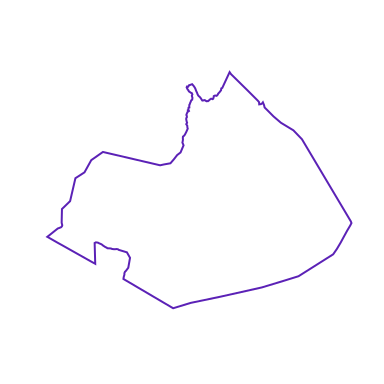 outline of Santa María Zaniza, Oaxaca, Mexico, rotated 169°
{"feature_id": "50627088B1802746700322", "entity_name": "Santa María Zaniza", "entity_type": "district", "adm_level": 2, "iso_a3": "MEX", "parent_name": "Mexico", "parent_adm1": "Oaxaca", "projection": "equal_earth", "projection_center": [-97.347, 16.634], "detail": "fine", "context": "isolated", "style": "outline", "palette": "violet", "viewbox_px": 384, "rotation_deg": 169, "n_neighbors": 0, "source": "geoboundaries", "source_scale": "gbopen_adm2", "svg_char_len": 2522}
<svg xmlns="http://www.w3.org/2000/svg" viewBox="0 0 384 384"><g transform="rotate(169 192 192)"><path d="M105.3,266.5L106.4,265.5L107.6,265.1L109.3,265.2L109.0,267.3L109.5,268.3L110.1,269.3L118.2,281.3L131.2,300.2L132.2,302.5L142.4,288.4L143.5,288.1L144.1,286.3L146.2,284.5L147.5,283.6L148.2,282.6L149.5,281.7L150.9,282.3L152.3,282.0L152.8,280.6L153.1,280.1L153.3,279.6L154.0,279.2L154.6,279.6L155.4,279.9L155.5,279.8L156.2,279.6L157.0,279.3L157.8,278.7L158.6,278.3L159.0,278.1L159.6,278.3L160.4,278.3L160.8,278.7L161.3,279.0L161.6,279.5L162.1,279.8L162.9,279.8L163.2,279.8L163.7,279.7L164.4,279.8L164.6,280.2L165.0,281.1L165.3,282.0L165.6,282.6L166.1,283.5L166.4,284.1L167.0,284.7L167.5,285.6L167.8,286.6L168.0,287.5L168.1,288.5L168.4,289.5L168.6,290.3L168.8,291.5L169.0,292.8L169.4,294.1L169.8,295.0L170.2,295.9L171.3,297.8L174.7,297.3L175.6,296.1L176.8,296.5L177.3,295.7L176.7,293.4L176.1,292.5L175.9,291.4L173.9,289.4L173.4,289.2L173.0,287.8L173.8,286.5L173.6,284.3L174.2,282.6L175.3,282.1L176.1,280.7L176.5,280.3L177.6,278.4L178.1,277.9L178.2,276.9L178.5,276.1L178.5,275.5L179.3,275.4L179.9,273.6L179.5,272.1L179.9,271.9L180.1,272.0L180.4,272.5L180.6,272.6L180.8,271.7L181.9,270.3L182.8,268.8L182.8,268.3L182.6,267.8L182.7,266.5L183.5,265.6L183.8,264.7L183.8,264.0L183.8,262.2L183.6,260.9L184.7,259.7L184.0,258.0L184.2,256.4L184.1,255.0L186.2,252.0L188.0,249.7L189.0,248.8L190.3,248.1L190.7,246.8L190.9,245.1L191.4,243.7L192.0,242.3L191.7,241.1L191.4,239.4L195.7,233.0L199.5,231.1L203.5,227.6L207.7,224.3L214.4,224.4L218.2,224.3L271.8,248.3L284.8,242.5L293.8,231.8L303.8,227.8L313.4,206.3L322.9,200.1L325.8,186.8L325.8,186.0L325.7,184.8L325.8,183.8L326.3,183.1L327.2,182.4L329.3,182.0L330.7,181.8L342.6,175.6L333.3,167.6L329.7,164.6L304.9,143.5L300.7,140.0L297.3,160.5L296.0,160.9L295.0,160.6L293.8,160.1L292.9,159.3L291.8,158.6L290.8,157.9L289.9,156.9L289.3,156.1L288.8,155.7L287.9,154.8L287.2,154.2L286.4,153.7L285.8,152.9L284.0,152.5L282.3,152.0L281.3,151.3L280.3,151.0L279.4,150.7L278.1,150.5L276.9,150.4L275.6,149.9L275.0,149.2L267.4,145.2L265.4,139.2L268.2,131.9L269.0,129.8L271.9,127.2L273.1,126.4L273.5,125.7L273.8,125.3L274.0,124.6L274.1,123.8L274.8,122.5L275.4,121.2L275.9,119.7L232.7,81.5L214.4,83.4L184.1,83.8L141.6,85.0L117.2,87.5L103.5,89.0L65.3,103.9L60.6,108.5L55.7,114.0L52.0,118.5L47.1,124.4L43.0,129.0L41.4,131.1L41.7,132.9L51.8,161.0L55.0,169.9L74.0,222.8L80.7,233.2L91.5,243.0L97.6,250.7L102.4,257.9L104.6,261.1L104.7,263.5L105.3,266.5Z" fill="none" stroke="#5b21b6" stroke-width="2"/></g></svg>